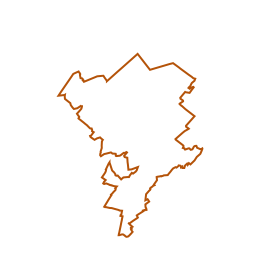 the district of Īslīces pag., Bauska, Latvia, rotated 135°
{"feature_id": "27541924B75327905371768", "entity_name": "Īslīces pag.", "entity_type": "district", "adm_level": 2, "iso_a3": "LVA", "parent_name": "Latvia", "parent_adm1": "Bauska", "projection": "natural_earth1", "projection_center": [24.139, 56.325], "detail": "fine", "context": "isolated", "style": "outline", "palette": "amber", "viewbox_px": 256, "rotation_deg": 135, "n_neighbors": 0, "source": "geoboundaries", "source_scale": "gbopen_adm2", "svg_char_len": 5222}
<svg xmlns="http://www.w3.org/2000/svg" viewBox="0 0 256 256"><g transform="rotate(135 128 128)"><path d="M210.4,58.8L210.0,58.4L209.8,58.3L209.3,58.0L208.5,57.6L207.5,57.0L207.1,56.6L206.7,56.1L206.6,55.8L206.6,55.6L206.5,55.2L206.5,54.8L206.3,54.2L206.3,53.9L206.4,53.6L206.3,53.0L206.1,52.3L205.8,51.9L205.4,51.7L204.6,51.2L204.0,51.1L202.3,51.1L201.6,51.1L201.0,51.2L200.6,51.1L199.7,51.2L198.2,51.3L197.9,53.2L197.4,54.5L197.0,54.4L196.6,54.2L196.3,55.4L194.7,55.0L194.9,58.0L194.9,59.1L194.8,60.9L194.7,59.4L192.6,59.2L189.5,58.7L188.7,58.5L188.1,58.4L185.3,57.8L185.0,57.8L184.4,57.7L183.6,60.0L182.0,59.7L175.8,58.3L175.7,59.0L172.7,57.5L173.0,57.1L172.8,57.0L172.0,58.2L171.9,58.4L171.6,59.4L171.5,59.7L169.7,61.7L165.1,61.0L164.7,62.6L164.6,63.1L164.5,63.8L166.8,64.6L162.0,68.4L160.4,68.5L157.3,68.7L157.1,68.7L156.2,68.6L155.4,68.9L155.3,69.5L155.1,69.6L154.3,69.8L153.7,69.6L151.9,69.3L151.3,69.4L151.1,69.4L150.7,69.2L149.7,68.8L149.6,69.7L144.4,70.6L142.4,73.1L141.9,72.9L139.7,71.3L138.7,70.7L138.7,70.3L136.7,69.3L136.2,69.2L133.2,66.6L132.5,66.7L132.0,66.8L128.7,67.1L126.6,67.4L124.6,67.5L122.1,66.7L121.7,65.7L118.6,65.4L118.5,65.5L117.7,64.5L117.7,64.4L117.6,63.8L117.6,63.6L118.3,62.8L116.8,62.4L117.8,61.2L116.6,60.0L116.5,59.9L114.2,61.1L111.4,61.0L111.5,60.5L111.6,59.9L111.7,59.7L109.8,60.1L109.6,58.1L103.9,58.0L99.8,58.9L95.5,58.6L95.1,58.6L92.3,59.7L90.3,60.6L90.0,60.8L89.9,61.0L90.4,61.1L91.3,61.6L91.8,61.9L91.9,62.0L92.1,62.6L93.1,65.1L93.1,65.3L93.0,65.6L92.6,66.2L92.4,66.5L92.3,66.9L92.3,67.1L92.5,67.3L93.7,68.1L93.8,68.1L94.2,68.2L94.6,68.2L96.6,67.6L97.1,67.5L97.6,67.4L97.8,67.5L98.9,68.1L99.1,68.3L99.0,69.9L99.1,70.1L99.1,70.3L99.5,70.7L100.0,71.0L102.8,72.3L103.0,72.5L103.0,72.8L102.5,73.6L102.5,73.9L102.6,74.1L103.3,75.1L101.7,75.8L101.4,76.1L101.3,76.4L101.3,76.7L102.5,86.1L102.4,86.4L102.3,86.6L92.9,86.0L90.9,85.8L89.6,85.6L88.6,85.3L86.8,84.8L85.5,84.5L85.5,84.8L86.0,87.8L85.9,87.9L85.6,88.4L85.2,88.6L84.9,88.6L84.4,88.6L72.6,89.3L74.1,100.9L74.3,105.2L74.3,105.3L74.5,105.9L74.5,106.1L74.6,108.5L74.4,108.7L70.2,107.9L69.9,108.2L69.7,108.5L70.2,111.6L69.7,112.4L62.1,113.1L62.0,112.6L59.6,109.3L55.9,109.9L52.0,110.4L52.3,110.5L52.8,111.0L54.4,111.6L54.6,111.6L55.0,112.2L56.6,112.1L56.9,113.6L56.6,113.7L56.2,113.7L55.2,113.6L53.9,113.7L52.5,114.3L51.0,114.7L47.6,114.4L47.1,114.6L45.6,115.3L46.5,116.8L46.6,117.0L46.8,119.3L47.4,122.6L48.2,127.9L49.0,133.1L49.2,135.0L50.3,142.0L53.5,143.9L71.3,153.6L68.8,173.6L89.5,174.8L95.5,175.2L102.8,175.6L109.8,176.0L109.6,176.2L109.6,176.3L108.8,180.9L108.5,182.0L108.5,182.4L113.2,186.3L118.5,188.5L126.4,191.8L126.3,192.0L125.9,192.8L126.2,193.0L126.3,193.1L126.4,193.4L126.4,193.6L126.0,193.7L125.7,193.8L125.4,194.6L125.4,194.9L125.4,195.0L125.5,195.0L125.7,195.6L125.6,195.9L126.3,196.8L124.5,199.5L124.2,199.6L123.9,199.7L123.6,200.0L123.6,200.4L123.2,201.4L123.3,201.9L123.0,202.9L126.1,204.1L128.4,204.9L128.7,204.9L130.1,204.6L134.3,203.8L149.5,201.0L154.3,200.0L152.7,198.7L149.5,196.2L149.1,196.1L150.2,195.3L152.0,193.2L151.7,190.4L151.2,186.4L152.2,184.8L152.3,184.4L152.6,182.7L152.8,181.0L152.8,179.7L149.8,177.8L148.2,177.5L145.8,177.0L145.8,176.9L145.8,176.4L145.7,176.3L145.2,175.9L145.4,175.7L147.4,174.6L147.6,174.6L149.7,174.4L154.0,174.2L154.3,172.5L154.6,170.3L154.7,170.2L156.2,169.9L156.3,169.8L155.5,163.2L155.3,160.8L155.0,158.5L155.1,158.4L155.1,154.7L154.3,153.1L154.2,153.1L154.3,152.8L154.5,152.4L154.8,151.9L155.7,151.1L155.2,149.3L159.0,148.8L159.7,148.8L160.4,149.2L160.8,148.4L160.8,147.6L160.4,145.3L160.0,143.3L157.0,142.5L156.7,142.3L154.6,141.2L154.4,141.1L154.4,139.7L154.2,137.5L154.3,137.5L156.0,136.9L159.0,134.2L160.7,132.4L164.0,130.7L164.5,130.0L164.6,129.9L165.3,129.7L165.5,129.6L166.9,128.5L167.1,127.2L163.2,126.4L162.9,126.2L161.7,125.4L157.5,122.9L157.3,122.7L157.2,122.0L157.1,120.9L155.7,119.4L155.0,118.5L155.1,118.3L155.1,118.1L156.3,117.0L156.3,116.9L156.2,116.5L155.6,116.0L153.5,114.3L153.0,114.1L152.1,113.9L148.8,113.5L148.5,113.4L148.4,113.3L148.0,112.7L147.9,112.5L146.3,112.2L146.2,112.2L146.0,111.6L146.0,111.4L150.5,111.0L150.9,109.8L150.6,109.2L149.5,107.5L152.4,104.2L154.0,102.1L157.2,98.2L154.7,96.2L148.6,93.4L151.8,91.9L152.8,91.8L153.4,91.7L156.7,92.2L157.0,93.6L160.2,93.2L162.0,92.6L163.2,93.8L166.2,96.3L169.2,96.5L168.9,101.7L169.0,101.8L169.9,102.4L170.1,102.8L170.3,103.4L169.6,104.4L169.6,104.5L169.3,105.8L169.2,106.7L169.3,108.3L169.2,109.3L166.1,115.4L165.5,116.7L165.4,116.8L165.9,116.7L166.6,116.6L169.4,115.6L172.5,114.5L172.4,114.4L174.0,113.3L175.6,112.6L177.2,112.3L177.6,112.2L181.4,111.5L181.3,110.9L180.6,107.0L182.9,106.9L183.3,106.8L184.7,106.3L184.6,105.9L184.5,105.3L182.7,104.3L182.6,104.2L181.6,102.0L181.2,101.0L180.9,100.3L180.7,100.0L180.8,100.0L178.8,96.5L177.3,94.6L179.6,94.4L179.5,93.8L180.8,93.0L183.7,93.0L185.5,92.8L187.3,92.9L187.4,92.7L187.5,92.1L188.1,92.1L189.6,91.7L192.8,91.0L194.3,90.6L200.5,89.1L200.2,88.3L199.3,87.4L199.1,86.9L197.4,84.3L196.6,83.5L195.9,82.5L194.8,80.5L192.9,77.2L192.4,76.2L192.4,75.7L190.7,73.7L194.4,71.2L194.8,71.6L195.5,71.2L194.3,69.4L197.2,67.5L197.4,67.3L200.2,65.5L201.8,64.4L208.5,60.0L209.0,59.8L209.1,59.7L210.4,58.8Z" fill="none" stroke="#b45309" stroke-width="2"/></g></svg>